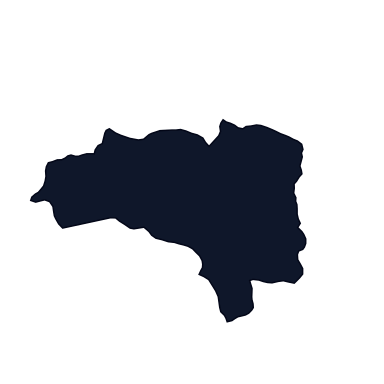 outline of Brodowski, São Paulo, Brazil, rotated 302°
{"feature_id": "56859067B88717252017859", "entity_name": "Brodowski", "entity_type": "district", "adm_level": 2, "iso_a3": "BRA", "parent_name": "Brazil", "parent_adm1": "São Paulo", "projection": "equal_earth", "projection_center": [-47.633, -21.044], "detail": "fine", "context": "isolated", "style": "filled", "palette": "ink", "viewbox_px": 384, "rotation_deg": 302, "n_neighbors": 0, "source": "geoboundaries", "source_scale": "gbopen_adm2", "svg_char_len": 2215}
<svg xmlns="http://www.w3.org/2000/svg" viewBox="0 0 384 384"><g transform="rotate(302 192 192)"><path d="M269.7,180.1L265.8,180.0L262.3,180.9L258.5,184.1L253.9,184.9L239.7,182.3L241.2,177.1L243.5,172.6L243.2,166.2L241.5,160.6L240.5,154.6L238.9,149.2L236.1,145.7L234.1,142.5L227.0,132.3L220.4,126.8L217.9,125.2L211.1,123.0L207.7,119.0L204.5,110.9L202.3,101.5L201.5,95.9L201.8,88.4L198.8,86.6L195.8,86.9L190.0,88.8L185.5,90.3L181.6,87.8L176.4,87.6L172.6,88.9L168.7,82.6L165.1,79.2L162.3,77.0L160.5,74.3L159.2,69.8L156.8,67.6L153.8,66.6L150.3,64.4L147.8,60.7L143.8,57.7L140.7,54.7L136.3,55.1L132.3,56.7L127.9,59.9L123.5,61.7L118.5,63.0L114.2,62.5L110.2,61.9L107.3,60.3L102.8,58.9L99.4,59.7L100.6,64.8L103.9,67.9L107.3,71.2L108.4,76.4L106.0,81.8L102.2,85.0L98.9,87.9L97.1,90.7L94.3,95.9L92.9,101.4L126.8,136.3L129.6,140.9L128.9,145.9L128.9,151.9L128.6,158.6L130.0,162.2L133.3,166.0L136.7,169.9L135.7,176.5L134.0,180.7L133.7,185.9L135.7,191.8L137.3,198.2L140.0,203.8L141.2,208.4L142.7,212.9L143.9,217.3L144.2,222.6L143.0,227.3L141.9,232.3L139.2,237.0L136.4,239.4L133.4,241.0L129.8,241.2L125.9,241.7L126.6,246.8L126.6,252.6L123.8,258.3L120.8,264.4L117.2,269.7L112.9,273.3L108.8,276.7L105.7,279.9L104.6,284.9L102.9,287.8L100.6,290.6L104.1,294.0L107.4,295.4L110.5,297.0L113.1,299.6L116.1,302.5L119.3,304.3L123.4,305.2L126.4,305.2L129.5,303.0L132.3,300.0L134.7,298.2L138.2,296.2L142.0,294.0L145.1,290.4L147.5,287.8L150.2,290.0L152.8,295.4L153.9,300.0L155.3,304.0L157.4,308.0L161.9,312.5L165.2,316.5L166.8,321.3L168.9,327.0L172.2,327.8L176.2,328.7L181.0,329.3L185.7,326.4L188.2,322.1L190.6,317.5L194.8,314.5L198.5,313.7L202.0,316.3L204.8,316.5L208.6,315.7L212.5,313.3L215.2,309.3L216.6,306.2L217.9,300.4L222.8,300.4L225.4,296.4L228.9,292.9L233.5,290.0L236.9,287.6L239.0,284.8L242.2,283.1L244.9,278.8L249.4,276.7L252.9,274.3L256.6,274.9L261.7,274.9L265.6,275.6L268.4,273.1L271.2,269.7L275.7,268.3L280.2,266.9L283.1,264.1L286.9,263.5L290.6,259.7L291.1,254.4L290.3,250.0L290.0,245.0L289.4,241.4L288.3,236.1L287.8,230.9L287.3,227.1L286.4,221.5L284.9,215.2L283.0,211.2L279.1,207.0L276.2,203.2L272.5,201.6L270.8,197.0L271.2,192.7L270.6,188.1L269.5,184.0L269.7,180.1Z" fill="#0f172a" stroke="#020617" stroke-width="1.5"/></g></svg>